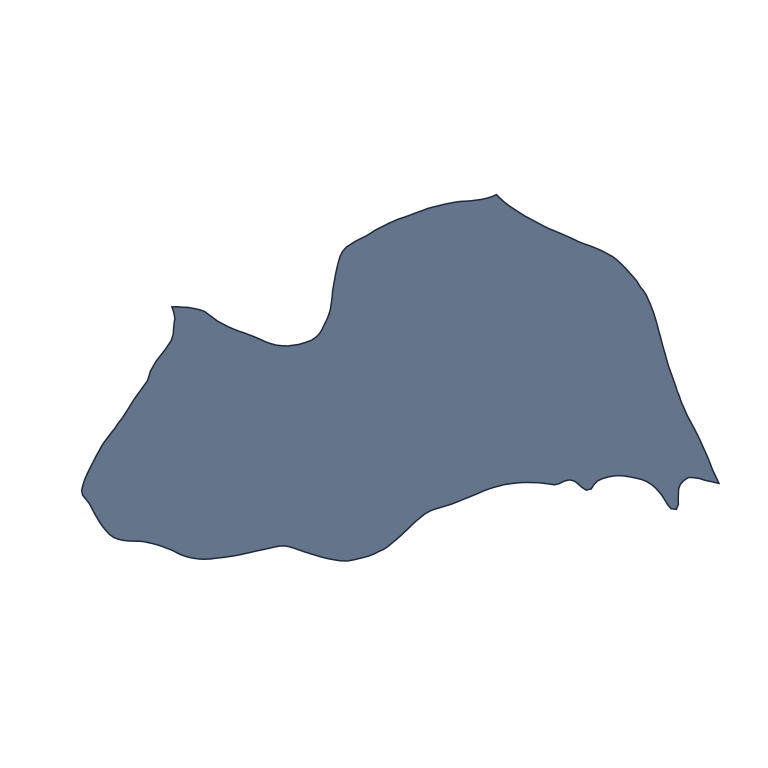 outline of Tarim, Hadramawt, Yemen, rotated 81°
{"feature_id": "15242507B10935646704236", "entity_name": "Tarim", "entity_type": "district", "adm_level": 2, "iso_a3": "YEM", "parent_name": "Yemen", "parent_adm1": "Hadramawt", "projection": "orthographic", "projection_center": [49.084, 16.078], "detail": "fine", "context": "isolated", "style": "filled", "palette": "slate", "viewbox_px": 768, "rotation_deg": 81, "n_neighbors": 0, "source": "geoboundaries", "source_scale": "gbopen_adm2", "svg_char_len": 5564}
<svg xmlns="http://www.w3.org/2000/svg" viewBox="0 0 768 768"><g transform="rotate(81 384 384)"><path d="M529.0,588.6L529.2,586.9L529.7,582.4L529.8,576.1L530.1,571.3L530.2,568.0L530.2,566.4L530.3,559.1L530.1,552.4L529.7,546.7L529.6,544.3L529.3,540.6L528.9,534.5L528.6,528.2L528.4,525.9L528.3,523.2L528.0,519.9L527.9,518.1L527.7,512.9L528.0,510.4L528.3,507.7L529.8,503.2L529.9,502.8L530.3,502.2L532.1,498.5L532.9,497.0L535.0,493.2L537.9,487.8L538.4,486.7L540.8,481.9L542.2,478.9L542.9,477.5L544.6,474.1L545.6,471.8L547.6,467.1L549.8,460.9L550.9,457.6L551.9,454.3L553.1,447.4L553.0,442.3L553.0,441.9L552.6,437.1L552.2,432.0L551.6,426.3L550.3,420.3L548.7,415.6L547.3,410.3L545.3,405.8L542.6,401.4L539.6,396.2L538.8,395.0L536.2,390.8L533.2,386.5L530.2,382.1L529.4,381.0L527.2,377.9L524.1,373.3L521.5,368.7L519.5,365.3L518.5,363.4L518.2,362.6L516.7,358.7L515.8,354.5L515.6,353.5L514.8,347.5L513.9,341.2L513.6,338.8L513.3,336.3L512.6,333.3L511.9,330.2L510.5,324.4L509.2,318.5L508.6,315.8L508.1,313.6L507.1,309.4L506.8,308.2L505.1,301.9L504.0,296.3L503.2,291.0L502.8,286.2L502.5,284.0L502.2,280.9L502.3,274.5L502.5,269.2L502.5,268.9L502.9,263.2L503.6,258.5L503.7,257.6L504.1,255.5L504.7,252.6L504.9,251.4L505.5,247.7L506.8,242.5L507.3,241.1L508.3,237.5L510.2,231.4L510.1,230.3L509.8,226.4L509.4,225.3L508.1,221.0L507.7,215.9L508.6,213.6L509.6,211.2L510.3,210.5L513.1,207.8L517.0,204.8L520.5,200.8L520.3,198.5L520.1,195.8L516.2,192.4L514.9,190.6L513.0,188.0L511.7,183.2L511.0,177.8L510.9,176.9L510.7,172.2L511.2,166.7L511.8,163.8L512.3,161.5L513.7,157.3L514.2,155.6L515.3,152.7L516.4,149.9L518.6,144.5L521.5,139.7L525.4,135.3L529.0,132.2L533.4,129.3L537.8,126.8L538.4,126.6L543.1,124.5L545.3,123.6L547.6,122.7L552.1,120.0L552.8,117.4L553.5,114.8L549.0,112.1L545.2,111.6L544.2,111.4L543.2,111.3L538.9,110.5L537.1,110.1L533.5,109.3L529.2,106.8L526.0,102.5L524.6,99.4L523.9,97.8L524.1,97.1L525.0,92.6L526.5,87.9L526.7,87.2L529.3,82.1L531.1,77.4L532.2,74.6L533.3,72.0L534.0,70.2L534.6,68.7L534.1,68.8L528.6,70.4L523.4,72.0L521.2,72.6L517.0,73.6L511.9,74.6L504.8,76.3L497.7,78.3L490.9,80.1L490.4,80.2L483.6,82.2L476.6,84.5L470.1,86.8L468.5,87.3L463.5,89.1L461.1,89.8L458.3,90.6L455.3,91.3L452.0,92.2L447.0,93.5L443.3,94.0L442.0,94.2L439.7,94.8L436.7,95.5L431.5,96.3L430.7,96.4L424.7,97.5L419.5,98.5L417.0,99.0L414.7,99.4L409.5,100.4L408.1,100.5L404.4,101.0L398.9,101.5L393.3,102.3L386.9,103.0L383.8,103.3L380.0,103.6L374.2,104.4L369.0,104.8L363.3,105.5L362.6,105.6L356.7,106.4L351.9,107.4L349.5,107.9L346.6,108.5L345.1,108.9L341.9,109.8L338.0,110.8L336.9,111.1L334.5,112.2L332.0,113.4L330.0,114.6L327.3,116.1L325.3,116.8L322.7,117.8L321.3,118.6L318.3,120.3L312.4,124.2L307.6,127.2L305.4,128.8L302.6,130.8L298.3,134.2L294.3,137.9L290.0,143.3L288.5,145.3L286.1,148.6L282.3,154.6L279.3,159.8L276.4,165.3L273.7,169.8L269.6,175.6L265.3,182.3L260.8,189.4L258.9,192.5L257.4,195.0L256.4,196.6L253.5,200.9L249.7,205.9L248.6,207.3L246.7,209.8L244.4,212.9L243.7,213.8L242.8,214.9L240.3,218.4L236.9,222.3L232.5,227.1L228.0,232.1L226.8,233.3L223.8,236.2L219.6,239.6L215.5,242.6L214.5,243.3L215.8,247.9L216.5,252.9L216.9,257.7L216.9,258.0L216.9,258.9L216.8,263.7L216.7,269.0L216.3,273.8L215.8,278.1L215.6,280.1L215.6,283.0L215.5,285.5L215.7,289.6L215.7,291.6L215.9,295.3L216.0,297.2L216.5,302.8L216.9,308.4L217.5,313.6L218.8,319.5L219.1,321.5L219.9,325.5L221.3,332.0L222.2,336.7L223.2,343.0L223.3,343.7L224.7,349.1L225.1,350.6L226.0,354.2L227.2,357.7L227.8,359.6L228.2,360.8L229.4,364.9L231.2,369.8L233.0,373.7L233.5,374.9L234.2,376.6L235.3,379.6L237.0,385.1L238.6,390.0L240.2,393.7L240.7,394.9L241.2,396.0L242.9,399.8L245.2,402.5L246.6,404.2L251.2,407.5L254.0,408.8L256.0,409.8L261.2,412.0L267.3,414.4L271.3,415.8L272.5,416.2L278.9,418.5L284.4,420.3L290.0,421.6L292.1,422.3L296.2,423.5L302.1,425.4L304.0,426.3L306.5,427.5L311.5,430.4L315.8,433.5L317.8,434.9L320.0,436.3L323.9,439.6L325.6,441.8L327.0,443.6L327.2,444.1L329.5,448.9L329.8,450.6L330.7,455.4L331.6,461.8L331.5,467.2L331.4,469.7L331.4,473.2L330.9,475.4L330.2,479.1L328.7,484.4L328.3,485.4L326.2,489.9L323.7,494.6L321.9,497.2L320.6,499.1L317.8,503.5L314.5,509.1L314.2,509.7L311.7,514.0L310.3,516.7L309.3,518.7L306.5,523.5L302.9,529.2L302.4,529.8L299.5,533.7L296.3,538.0L296.1,538.3L294.8,539.6L292.2,542.2L288.3,546.0L284.4,549.8L281.9,554.2L279.7,559.8L278.8,562.4L277.5,566.2L277.3,567.4L276.6,571.2L275.4,575.9L275.0,578.6L274.6,581.4L275.3,581.3L276.4,581.0L281.2,580.4L286.4,580.3L288.3,580.9L291.6,581.9L296.9,583.3L301.9,584.4L304.7,585.8L306.7,586.8L307.8,587.3L315.4,594.4L326.1,605.8L334.5,612.5L343.8,617.1L344.3,617.6L346.8,620.1L347.9,621.2L351.5,624.7L355.0,628.3L359.9,633.1L364.5,637.2L367.9,640.0L368.8,640.8L370.2,642.1L373.7,645.2L376.7,647.9L377.6,648.8L381.3,652.8L385.8,656.9L389.0,660.5L390.3,661.9L391.0,662.6L394.1,665.8L396.2,667.9L397.6,669.4L399.8,671.4L401.2,672.7L403.7,674.6L405.3,675.8L410.0,679.5L415.5,683.5L421.1,687.6L422.6,688.6L425.6,690.8L430.9,694.2L432.8,695.2L436.5,697.1L437.9,697.7L441.8,699.3L442.7,699.3L442.8,699.3L446.9,699.0L451.2,696.4L451.6,696.2L455.9,693.8L460.5,692.2L465.7,690.5L468.4,689.5L470.8,688.5L475.0,686.9L475.5,686.7L480.4,684.4L484.9,681.8L489.5,678.8L493.4,674.9L493.7,674.3L495.9,670.4L497.7,665.9L498.0,664.8L499.2,660.3L499.6,658.0L500.2,654.6L501.1,650.2L501.1,649.8L502.6,644.6L504.4,640.2L505.0,638.5L507.0,633.9L507.8,632.4L509.5,629.0L511.0,626.4L512.4,623.9L514.2,620.8L516.2,617.7L519.5,613.4L520.7,611.5L522.0,609.2L524.4,604.6L526.2,599.7L527.5,595.4L527.9,594.2L528.3,592.3L529.0,588.6Z" fill="#64748b" stroke="#1e293b" stroke-width="1.5"/></g></svg>